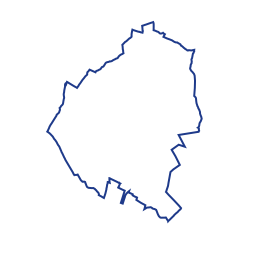 Varsolt, Salaj, Romania, rotated 259°
{"feature_id": "2599482B93915218658346", "entity_name": "Varsolt", "entity_type": "district", "adm_level": 2, "iso_a3": "ROU", "parent_name": "Romania", "parent_adm1": "Salaj", "projection": "robinson", "projection_center": [22.94, 47.205], "detail": "fine", "context": "isolated", "style": "outline", "palette": "blue", "viewbox_px": 256, "rotation_deg": 259, "n_neighbors": 0, "source": "geoboundaries", "source_scale": "gbopen_adm2", "svg_char_len": 5782}
<svg xmlns="http://www.w3.org/2000/svg" viewBox="0 0 256 256"><g transform="rotate(259 128 128)"><path d="M227.2,172.9L226.2,166.1L226.0,164.8L226.0,164.1L225.9,163.6L225.8,163.2L225.7,162.6L225.7,162.0L225.6,161.4L224.0,161.3L220.7,160.9L220.4,161.1L218.8,160.4L219.1,159.8L219.4,158.9L219.8,158.4L220.1,157.6L220.4,157.3L220.5,156.7L220.9,155.9L222.9,152.3L223.2,151.7L223.5,151.4L223.7,151.1L222.1,150.4L220.8,149.9L219.3,149.4L216.9,148.9L216.6,148.5L216.0,147.5L215.6,146.3L213.6,143.1L213.2,142.2L213.1,141.7L212.8,141.3L210.7,138.3L209.7,138.3L208.4,138.2L207.8,138.1L206.8,138.0L206.4,137.9L205.2,138.0L203.6,137.8L202.2,137.8L201.7,136.4L201.4,135.1L201.2,134.5L200.6,133.4L200.3,132.9L199.9,132.4L198.7,131.3L198.4,130.3L198.4,129.6L198.2,129.0L197.9,128.2L197.6,126.9L197.5,126.5L196.9,125.2L196.8,124.6L196.7,124.2L196.7,123.3L196.9,122.7L196.6,121.8L196.6,121.2L196.6,120.8L196.5,119.5L196.3,118.9L196.0,118.4L194.9,117.4L194.4,117.0L194.2,116.7L193.2,115.8L192.9,115.2L192.9,114.4L192.6,113.8L191.2,112.4L190.9,111.8L190.8,111.2L190.5,110.2L190.2,109.4L190.1,108.2L189.8,107.4L189.4,107.0L188.9,106.7L192.6,101.4L191.1,99.8L190.7,99.0L190.3,98.7L189.3,98.3L188.4,98.2L188.1,98.0L187.5,97.0L186.9,96.0L185.1,94.0L184.1,92.7L182.1,90.7L180.8,89.4L180.0,88.4L178.7,87.3L177.1,85.6L177.9,84.8L178.6,83.9L179.9,82.4L182.0,80.1L183.1,78.9L184.5,77.4L184.9,76.9L182.5,75.5L183.4,75.0L183.2,74.8L182.9,74.6L181.8,74.3L180.9,74.2L177.0,72.6L175.3,72.1L174.2,71.6L173.2,71.3L172.3,71.2L169.9,71.1L169.6,71.0L168.5,70.4L167.6,70.1L166.7,69.7L166.0,69.5L164.0,68.7L163.3,68.0L162.3,66.5L161.4,65.7L160.9,65.2L160.7,64.7L158.9,64.7L158.3,64.4L157.6,63.9L156.9,63.6L156.2,63.1L155.7,62.4L155.3,61.6L154.8,60.8L154.3,60.3L153.9,60.2L153.4,59.8L151.2,57.7L148.2,54.9L147.0,53.8L146.0,52.7L145.2,52.1L144.5,51.4L143.5,50.8L142.2,49.9L140.0,48.3L139.8,48.1L138.6,49.3L137.8,50.0L136.2,51.1L135.5,51.5L134.3,52.3L133.7,52.6L132.6,53.0L131.4,53.4L130.1,54.2L127.8,55.2L126.0,55.7L124.5,56.2L123.6,56.7L122.5,57.1L121.4,57.3L120.3,57.6L119.8,57.6L118.9,57.9L116.6,58.3L115.7,58.7L114.7,58.9L113.6,59.2L111.1,59.8L110.4,60.1L108.6,60.5L95.2,65.3L93.0,65.9L92.1,66.3L92.2,66.5L91.8,68.2L91.8,69.0L91.9,69.7L88.7,70.8L86.2,71.6L85.4,72.0L84.8,72.5L84.0,73.0L83.8,73.4L83.8,74.1L83.7,74.6L83.6,75.0L83.2,75.6L82.8,75.7L82.3,75.7L81.7,75.7L81.0,76.0L79.8,76.1L78.1,76.5L77.3,77.2L76.8,77.9L75.9,81.0L75.6,82.7L75.3,83.0L74.9,83.3L74.6,83.8L74.2,84.0L73.8,84.2L73.5,84.4L73.0,84.9L71.8,85.4L70.5,86.3L70.0,86.6L68.8,86.8L68.4,86.8L67.7,86.5L66.3,88.3L65.7,89.0L65.1,89.6L63.9,91.0L67.8,93.2L69.1,93.8L71.9,95.1L72.5,95.3L72.8,95.3L73.1,95.4L73.5,95.7L76.5,96.8L76.8,97.0L77.3,97.3L77.9,97.5L78.6,97.7L78.9,97.8L78.9,98.0L78.6,98.5L78.0,99.1L77.7,99.6L78.4,99.6L80.8,99.9L82.3,100.2L82.2,100.5L81.8,100.8L77.2,107.0L76.3,108.1L76.0,108.4L76.0,108.7L75.8,108.7L75.0,109.8L74.8,109.5L74.5,109.2L74.2,109.0L73.4,108.6L72.8,108.1L72.4,107.9L71.6,107.1L71.4,107.0L68.5,110.8L67.1,112.8L62.2,110.2L55.8,106.7L54.8,108.4L58.3,110.3L60.6,111.6L62.1,112.3L63.6,113.6L64.8,115.2L65.5,116.4L65.8,117.0L64.6,116.3L63.3,118.2L62.0,120.0L61.7,119.9L61.3,119.8L61.1,119.7L61.0,119.8L60.8,119.9L59.9,121.0L59.2,121.8L58.9,122.4L58.0,123.6L55.8,122.5L52.1,126.4L48.9,130.3L47.6,129.7L45.9,129.0L45.2,128.6L45.7,130.0L46.2,131.1L46.2,131.4L46.0,133.9L45.9,135.2L45.5,135.7L45.0,136.3L44.4,136.6L43.9,137.4L43.6,138.1L43.4,138.6L43.1,139.0L42.5,139.7L42.3,140.0L41.9,140.1L40.9,140.3L38.6,140.7L37.5,140.9L35.5,141.5L34.8,142.0L34.2,142.4L33.9,142.7L33.7,143.2L33.5,144.0L33.2,145.9L33.0,146.6L33.0,147.3L32.9,148.1L30.8,148.9L29.1,149.6L28.8,149.6L29.5,150.5L29.8,151.1L33.3,156.4L33.7,156.7L35.5,159.6L35.6,160.0L36.3,161.1L37.1,162.0L37.6,162.9L38.2,163.9L38.6,164.4L39.2,164.8L41.9,163.3L48.1,159.4L51.8,157.0L54.2,155.4L58.0,153.1L58.2,153.3L60.3,154.4L62.0,155.4L63.1,156.0L63.4,156.2L66.2,157.2L76.7,161.3L78.7,164.6L81.9,171.8L91.2,169.2L98.3,166.7L101.9,174.6L98.8,180.2L111.5,176.4L110.8,196.6L111.1,196.8L111.4,196.8L111.7,197.1L111.8,197.3L112.2,197.3L112.5,197.3L113.5,197.3L113.8,197.4L114.1,197.5L114.4,197.4L114.6,197.2L115.0,196.7L115.3,197.3L115.6,197.6L116.2,198.1L117.6,198.7L118.2,198.8L118.6,199.0L119.7,199.6L120.2,200.2L120.5,200.5L121.4,201.1L121.9,201.4L122.7,201.9L123.1,202.1L124.2,202.0L124.4,202.1L125.4,202.0L126.5,201.7L127.4,201.6L128.2,201.5L128.8,201.5L129.6,201.7L130.2,201.7L131.0,201.6L131.7,201.4L132.6,201.4L132.8,201.3L133.0,201.1L133.3,201.0L133.8,200.8L134.3,200.8L134.6,200.8L135.2,200.7L136.3,200.3L136.7,200.3L139.2,200.0L141.4,200.1L142.2,200.2L143.3,200.3L144.2,200.4L144.8,200.3L145.5,200.0L146.1,199.6L146.8,199.1L154.4,201.2L159.3,202.3L161.6,202.8L166.7,203.4L168.5,203.1L169.8,202.4L170.8,201.9L171.7,201.2L172.6,200.8L173.8,200.4L174.4,200.3L175.3,200.6L176.8,201.3L177.7,201.5L178.3,201.8L179.2,202.5L179.7,202.9L180.6,203.0L181.2,203.3L182.3,203.3L183.3,203.4L184.2,204.1L184.5,204.3L185.1,204.5L186.5,205.1L186.9,205.2L188.7,206.0L189.0,206.5L189.6,206.9L189.9,207.0L190.3,207.3L190.8,207.7L191.3,207.6L192.1,207.9L192.1,207.4L192.0,206.9L192.1,206.4L192.0,205.9L192.0,205.4L192.1,205.0L192.2,204.5L192.8,202.5L192.7,202.3L192.6,201.8L192.8,201.1L193.8,200.3L194.2,199.8L194.5,199.4L195.0,199.0L195.5,198.7L195.9,198.2L196.6,197.7L197.3,197.2L198.5,196.2L198.7,195.9L198.8,195.7L199.4,195.5L199.9,195.5L200.4,195.1L201.7,193.5L202.5,192.8L202.7,192.0L202.8,191.5L203.5,190.2L204.2,189.4L205.6,188.0L206.9,186.0L208.5,183.3L210.7,180.2L211.4,180.7L213.0,182.1L213.9,181.0L214.3,180.9L214.7,180.6L214.5,180.3L214.5,179.9L214.4,178.6L214.5,177.9L214.9,177.2L216.0,176.5L216.4,176.2L216.7,175.8L217.4,174.5L218.0,173.8L218.7,172.6L219.1,171.8L221.9,172.4L223.4,172.7L225.0,173.0L226.1,173.1L227.2,172.9Z" fill="none" stroke="#1e3a8a" stroke-width="2"/></g></svg>